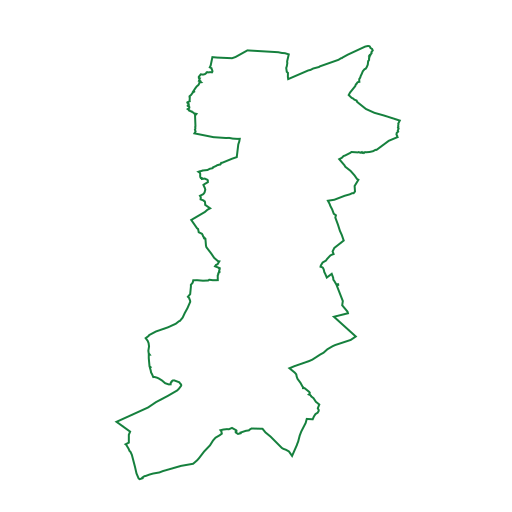 Audnedal nor, Vest-Agder, Norway, rotated 172°
{"feature_id": "86288312B28435141064864", "entity_name": "Audnedal nor", "entity_type": "district", "adm_level": 2, "iso_a3": "NOR", "parent_name": "Norway", "parent_adm1": "Vest-Agder", "projection": "natural_earth1", "projection_center": [7.384, 58.371], "detail": "fine", "context": "isolated", "style": "outline", "palette": "green", "viewbox_px": 512, "rotation_deg": 172, "n_neighbors": 0, "source": "geoboundaries", "source_scale": "gbopen_adm2", "svg_char_len": 6068}
<svg xmlns="http://www.w3.org/2000/svg" viewBox="0 0 512 512"><g transform="rotate(172 256 256)"><path d="M271.5,459.0L274.4,450.9L275.5,449.3L273.9,448.1L273.9,447.3L273.7,446.9L273.4,445.2L273.5,444.7L274.0,444.0L275.6,444.4L278.1,444.5L278.8,444.9L279.4,444.7L279.9,444.0L281.3,443.2L283.3,443.0L285.4,443.6L287.7,441.4L287.8,440.6L287.8,440.2L287.0,439.8L287.3,439.5L287.2,439.1L288.1,437.4L286.7,436.9L286.6,436.2L286.2,435.7L287.8,435.7L288.5,434.3L289.3,433.3L291.1,432.2L292.8,430.5L295.0,428.0L294.4,427.9L294.3,427.4L295.8,426.7L297.8,424.6L299.6,423.4L299.7,422.6L299.5,422.3L300.1,419.2L300.1,418.4L302.5,417.8L302.7,417.4L301.9,416.5L301.6,416.0L301.8,415.9L301.6,415.3L302.0,414.8L302.7,414.5L302.7,414.1L301.4,413.6L301.3,412.4L301.5,411.9L303.2,411.0L302.9,410.7L302.0,409.9L301.7,409.6L301.9,409.3L300.6,408.4L299.5,408.1L299.2,407.4L298.0,406.7L297.0,405.2L296.0,405.4L295.2,405.0L296.8,403.6L297.9,392.9L298.3,392.2L298.2,391.2L298.5,390.1L298.9,389.6L298.5,387.8L299.9,386.0L281.6,379.6L269.2,377.0L266.2,376.7L262.7,375.5L258.3,374.6L255.8,374.3L256.6,371.8L258.0,369.0L261.3,356.6L266.0,355.7L276.6,353.0L277.5,353.1L278.3,351.8L278.8,351.5L279.7,351.7L280.3,351.4L281.6,351.4L282.8,350.8L286.1,349.8L286.1,349.6L286.9,349.0L289.6,348.8L292.1,347.9L297.3,348.1L297.7,347.8L300.0,347.7L301.3,347.4L300.0,346.2L299.8,345.0L300.1,343.5L300.2,342.1L299.8,340.9L298.9,340.8L298.9,339.8L296.0,339.8L293.5,338.2L293.2,337.6L293.4,335.8L296.9,334.4L298.2,333.7L297.2,330.4L297.0,328.7L298.1,326.1L298.9,325.2L299.8,324.5L303.1,323.4L302.5,321.9L303.0,319.8L300.2,318.3L300.1,317.9L299.1,317.2L299.0,315.9L299.2,313.7L294.8,309.6L297.6,308.6L300.5,306.7L315.1,300.7L310.5,291.6L309.6,290.8L309.4,287.5L306.4,285.5L305.9,284.2L305.6,282.7L304.5,281.2L305.0,280.9L304.9,280.6L303.7,280.0L304.1,273.2L303.9,271.6L299.9,264.5L297.7,260.0L294.4,256.2L293.1,255.8L295.2,253.2L296.9,252.7L298.0,251.5L293.9,249.2L294.2,248.8L293.7,248.3L294.6,246.3L294.6,245.9L294.4,245.5L294.8,245.4L294.8,244.8L295.4,244.6L295.9,243.7L296.0,242.8L296.6,242.2L297.2,237.4L302.0,238.0L305.6,239.0L306.7,238.4L311.9,238.9L317.5,240.2L321.5,240.7L322.4,238.4L324.5,236.5L324.7,234.8L326.5,227.4L329.1,225.1L328.0,223.6L327.8,222.1L327.5,221.4L327.5,219.8L331.2,213.8L334.5,209.4L337.2,205.2L340.4,202.3L341.4,202.1L344.8,200.1L353.2,197.6L365.5,195.2L372.7,192.6L373.6,191.7L376.7,190.0L375.1,187.1L374.5,184.7L374.5,181.4L375.8,177.1L375.8,174.6L375.0,173.1L375.9,173.2L376.4,169.9L376.8,161.6L375.9,160.6L376.6,160.2L376.2,157.3L376.1,155.2L375.4,153.4L374.6,150.4L373.3,150.3L371.0,149.3L369.4,148.3L366.4,145.8L363.7,142.7L360.3,141.0L358.4,140.8L358.0,142.4L357.1,143.1L357.2,143.3L356.8,143.7L355.8,144.3L354.3,144.2L349.5,141.6L348.9,140.3L348.1,139.3L348.0,138.4L348.4,137.7L350.9,135.2L352.8,133.8L362.9,129.7L375.2,125.3L384.0,121.0L417.2,111.2L405.1,99.6L406.8,96.7L407.9,88.9L411.3,87.7L410.8,87.2L410.4,86.2L409.0,82.9L408.4,80.6L407.5,79.4L406.6,76.3L405.2,64.2L404.6,57.3L403.2,52.1L402.3,51.2L399.3,51.7L399.4,52.4L397.1,53.5L396.0,53.5L391.9,54.4L388.2,54.9L381.8,55.1L378.0,56.0L359.5,58.6L347.2,59.0L342.7,61.9L340.7,63.6L334.6,69.6L327.9,74.9L324.2,79.3L321.4,81.7L317.0,83.5L314.6,84.8L314.7,87.1L315.4,88.4L312.5,88.7L308.9,88.6L307.0,88.2L303.7,89.1L299.8,86.1L299.6,85.5L300.7,84.6L300.6,84.1L298.6,82.3L295.9,82.6L295.9,83.3L290.4,84.3L287.3,84.3L286.2,85.1L284.4,85.8L273.6,84.0L271.2,80.0L266.7,75.1L257.1,62.3L255.7,61.2L253.4,60.0L250.6,57.9L248.1,53.0L241.6,63.5L241.5,63.9L240.1,66.3L237.7,72.1L235.6,75.9L230.1,83.7L228.4,87.6L222.6,86.4L221.0,89.0L219.1,91.2L216.8,92.2L215.6,93.7L215.3,94.7L216.0,96.6L214.0,100.1L217.0,103.3L218.9,107.3L220.9,109.3L221.0,109.9L221.7,110.8L222.9,111.5L222.1,112.0L221.8,113.2L222.3,114.1L226.3,118.4L227.8,118.6L227.6,119.5L228.1,120.2L229.6,124.2L232.0,128.6L232.5,131.0L232.6,133.2L233.8,135.1L238.5,140.2L233.1,141.6L218.0,144.6L214.7,145.5L206.1,149.5L202.6,150.8L198.3,153.7L192.7,156.0L190.0,156.8L173.9,159.7L168.4,162.4L187.3,185.0L172.9,186.5L173.1,188.1L177.5,195.2L176.3,199.3L180.1,215.4L178.6,215.9L178.6,216.6L180.5,216.8L182.0,220.5L182.5,221.3L182.7,222.0L182.6,223.7L183.5,227.8L188.9,224.8L190.0,228.9L190.6,230.6L190.8,233.2L191.4,235.0L191.8,235.5L193.6,236.4L193.1,237.6L190.9,240.3L187.4,241.7L186.0,243.2L182.4,246.1L181.2,246.6L178.9,247.1L179.5,249.9L177.3,253.1L167.0,259.1L168.1,264.8L169.4,269.2L170.5,275.7L172.1,283.0L171.2,285.2L173.1,287.0L174.1,291.5L175.4,295.2L175.9,297.5L177.1,300.7L170.6,300.8L159.8,303.3L154.6,304.0L152.0,304.8L150.6,304.6L149.0,306.1L148.6,311.6L144.0,317.2L145.3,318.3L147.2,322.1L150.5,327.1L155.2,332.0L155.7,333.4L160.1,340.3L157.3,341.3L155.4,342.8L153.8,343.1L148.3,345.0L147.0,345.7L140.7,344.4L139.8,344.6L138.6,343.9L137.7,344.0L137.9,343.7L137.7,343.6L136.7,344.1L136.2,343.3L135.2,343.5L134.8,343.0L133.6,343.7L132.5,343.4L129.1,343.2L125.5,343.5L122.9,344.5L121.9,344.3L108.5,351.6L99.4,354.0L99.7,354.5L99.4,355.0L100.0,356.8L99.5,358.3L97.9,359.4L98.2,360.3L97.1,362.3L97.4,362.7L97.5,363.3L97.2,363.4L97.0,364.3L97.2,364.8L96.6,366.7L96.7,367.3L94.8,370.1L109.9,377.4L118.8,381.3L126.7,386.3L133.3,393.3L134.6,394.8L134.5,395.2L134.8,396.0L136.8,397.1L138.0,398.5L139.3,399.3L141.8,402.5L140.1,404.8L134.1,410.4L133.2,412.1L132.4,412.5L131.6,413.6L130.9,414.0L129.4,414.1L129.4,415.1L129.1,416.9L128.0,418.1L127.2,419.8L125.9,421.7L124.5,424.1L122.5,425.9L121.3,426.2L120.1,427.6L118.7,429.9L117.8,433.4L117.4,433.6L116.7,434.5L116.6,435.9L116.1,436.6L116.4,437.4L115.3,438.3L115.8,438.8L115.2,439.4L114.5,439.6L113.4,440.6L113.5,441.0L113.3,441.2L113.2,442.0L111.8,443.3L112.2,444.8L113.7,446.1L114.1,447.5L114.4,447.9L115.8,448.4L118.7,448.2L137.1,442.6L142.9,440.4L143.4,440.0L144.3,440.0L147.0,438.8L166.4,434.9L167.3,434.4L173.3,433.7L176.1,432.7L178.4,432.5L199.5,426.7L199.5,429.0L198.9,432.9L199.9,434.1L199.9,438.0L199.1,439.6L198.1,442.8L198.2,443.8L197.9,444.9L195.5,451.1L199.1,452.8L202.3,453.5L205.6,454.7L235.9,460.8L248.6,455.9L252.2,455.2L266.8,457.9L271.5,459.0Z" fill="none" stroke="#15803d" stroke-width="2"/></g></svg>